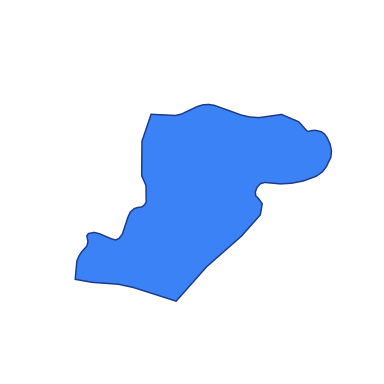 the border of Can Tho, rotated 331°
{"feature_id": "VNM-499", "entity_name": "Can Tho", "entity_type": "Province", "adm_level": 1, "iso_a3": "VNM", "parent_name": "Vietnam", "parent_adm1": "", "projection": "mercator", "projection_center": [105.615, 10.245], "detail": "fine", "context": "isolated", "style": "filled", "palette": "blue", "viewbox_px": 384, "rotation_deg": 331, "n_neighbors": 0, "source": "natural_earth", "source_scale": "10m", "svg_char_len": 1009}
<svg xmlns="http://www.w3.org/2000/svg" viewBox="0 0 384 384"><g transform="rotate(331 192 192)"><path d="M125.2,279.8L94.3,247.0L82.9,237.0L61.0,222.7L47.5,211.8L57.8,196.6L61.8,193.4L66.4,190.8L73.9,188.3L76.9,185.0L78.8,179.3L81.2,178.1L86.8,179.9L90.8,183.6L98.6,193.6L101.9,196.9L105.8,197.2L110.8,195.0L123.6,183.1L128.3,179.6L133.5,178.5L137.3,179.3L141.0,180.8L144.3,180.1L146.9,178.8L154.9,164.1L155.9,153.4L157.9,149.7L172.9,123.3L193.9,104.2L214.7,117.1L220.5,118.7L238.2,119.8L243.9,121.1L249.0,123.5L253.4,126.9L272.6,148.8L279.3,154.7L286.8,159.5L307.4,167.4L307.9,167.5L319.4,182.4L322.0,193.7L322.4,194.7L323.2,195.4L327.2,196.6L329.9,198.0L332.3,200.0L334.5,202.3L336.0,205.6L336.5,209.7L336.0,217.1L333.8,223.9L330.2,229.0L321.8,235.0L316.0,237.5L308.5,238.4L295.0,236.4L283.6,232.7L273.3,227.8L260.2,218.9L255.8,217.9L251.1,219.5L247.4,222.7L245.9,226.1L247.1,230.4L247.7,236.4L240.7,245.1L214.1,254.5L168.8,264.4L125.2,279.8Z" fill="#3b82f6" stroke="#1e3a8a" stroke-width="1.5"/></g></svg>